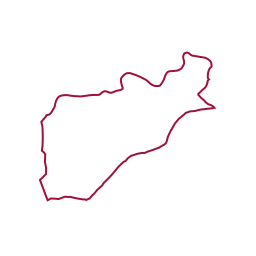 Gouette, Micoud, Saint Lucia (orthographic projection), rotated 340°
{"feature_id": "8701671B72439737760091", "entity_name": "Gouette", "entity_type": "district", "adm_level": 2, "iso_a3": "LCA", "parent_name": "Saint Lucia", "parent_adm1": "Micoud", "projection": "orthographic", "projection_center": [-60.939, 13.806], "detail": "fine", "context": "isolated", "style": "outline", "palette": "rose", "viewbox_px": 256, "rotation_deg": 340, "n_neighbors": 0, "source": "geoboundaries", "source_scale": "gbopen_adm2", "svg_char_len": 4096}
<svg xmlns="http://www.w3.org/2000/svg" viewBox="0 0 256 256"><g transform="rotate(340 128 128)"><path d="M55.7,88.1L54.9,89.0L53.3,89.9L48.6,92.6L48.4,95.0L48.1,97.3L46.8,101.5L44.8,107.4L43.0,112.0L41.3,116.2L39.3,119.8L40.6,122.1L41.3,124.4L38.9,130.0L38.3,131.6L37.3,137.9L35.6,142.2L35.3,143.1L30.3,145.6L27.5,146.7L27.7,165.3L27.8,168.4L30.5,168.0L31.5,167.9L36.3,169.9L37.9,170.8L38.3,171.0L45.3,171.0L47.4,172.0L48.1,172.3L50.4,173.1L51.4,173.8L55.4,176.4L60.9,179.5L63.3,180.5L64.0,181.3L65.2,181.2L67.8,181.1L71.2,179.2L74.2,177.9L77.8,175.7L81.8,174.1L84.3,173.0L86.1,171.5L89.8,169.8L92.2,168.7L95.2,167.2L97.7,165.9L100.4,164.3L103.3,162.6L104.2,162.1L105.2,161.5L109.4,159.5L112.8,158.2L114.3,158.2L117.7,156.3L121.4,155.2L123.4,155.3L125.2,155.4L127.7,155.4L132.0,156.1L135.6,157.2L137.4,157.0L138.5,156.9L143.1,157.1L150.5,157.1L154.1,156.3L155.2,156.2L155.9,156.1L158.2,155.4L160.0,153.6L160.7,152.5L162.5,149.9L163.8,148.6L164.1,148.2L166.3,146.1L167.0,145.4L169.0,143.8L170.1,142.8L170.6,142.4L173.8,139.7L176.9,137.9L178.9,136.7L180.7,136.1L184.1,134.9L185.4,134.5L187.3,133.6L190.1,133.6L191.8,133.6L197.1,135.0L198.4,135.0L202.6,135.5L206.3,136.5L209.3,137.1L213.1,138.1L216.1,138.6L215.6,137.4L215.1,136.4L213.6,134.7L211.7,133.3L210.6,131.6L209.6,130.0L209.1,128.3L207.3,125.2L205.8,121.8L205.4,121.0L205.6,120.1L209.3,118.4L212.2,117.2L214.2,116.5L216.2,115.0L218.4,112.2L218.7,111.2L220.7,110.0L220.5,109.8L220.3,109.5L220.2,108.8L220.2,108.3L220.3,107.8L220.5,107.1L221.2,105.5L221.7,104.4L222.2,103.4L222.9,102.5L223.0,102.2L223.7,101.4L224.7,100.4L225.4,99.9L226.0,99.6L227.4,99.0L227.6,98.6L227.9,97.8L228.2,96.5L228.5,95.4L228.5,94.9L228.4,94.1L228.0,92.8L227.3,91.6L226.3,90.2L226.0,89.8L225.5,89.3L224.4,88.2L222.9,87.5L221.5,86.6L220.6,86.2L219.3,85.4L217.7,84.5L215.9,83.5L215.6,83.3L214.8,82.9L213.4,82.1L213.1,81.9L211.9,80.7L211.2,79.2L210.9,78.8L209.9,77.7L209.1,77.3L208.6,77.2L207.8,77.0L207.0,77.1L206.1,77.5L205.3,78.3L204.8,79.0L204.4,79.5L203.9,81.0L203.7,82.2L203.6,83.9L203.3,85.0L203.2,85.5L202.9,86.4L202.0,87.5L201.8,87.7L201.2,88.3L200.6,88.8L200.1,89.2L199.4,89.7L198.7,90.2L198.2,90.4L197.9,90.5L196.4,90.8L194.9,90.9L194.4,90.9L193.3,90.8L192.4,90.5L190.1,90.0L189.2,89.7L188.5,89.5L187.6,89.2L186.2,88.9L185.6,88.8L184.4,89.0L183.2,89.6L182.8,89.9L182.4,90.2L181.7,90.8L181.3,91.1L181.1,91.3L180.7,91.8L179.7,93.1L179.0,94.0L178.0,94.9L177.7,95.3L176.9,96.0L176.1,96.7L175.6,97.1L174.9,97.6L174.3,98.0L173.9,98.3L173.0,98.8L172.5,99.0L172.2,99.1L171.8,99.1L171.4,99.0L169.4,98.4L168.0,97.8L166.9,97.1L166.2,96.5L165.9,96.3L165.0,95.2L164.5,94.6L164.2,94.0L163.5,92.8L163.2,92.2L162.9,91.5L162.6,90.9L162.1,90.1L161.1,88.6L160.4,87.9L160.0,87.4L159.4,86.7L158.9,86.3L158.1,85.4L157.9,85.2L156.4,83.6L155.4,82.7L154.3,81.6L153.2,80.7L152.0,79.7L151.7,79.6L151.5,79.3L150.2,78.3L149.3,77.5L149.0,77.3L147.3,76.6L146.7,76.4L145.8,76.2L144.8,76.2L143.7,76.4L143.1,76.5L141.9,77.0L141.3,77.3L140.3,77.8L139.9,78.0L139.3,78.4L138.2,79.5L137.8,80.4L137.6,80.8L137.5,81.1L137.2,82.7L137.0,84.3L136.7,85.9L136.8,86.8L136.8,87.1L136.8,87.6L136.8,88.3L136.7,88.5L136.4,89.3L135.3,89.6L134.0,89.7L133.0,89.6L131.1,89.3L129.9,89.2L129.3,89.1L128.6,89.1L127.3,89.2L125.7,89.2L125.2,89.2L124.2,89.2L123.0,88.5L122.2,88.0L121.1,87.0L120.8,86.8L119.8,86.0L119.0,85.5L118.5,85.5L117.7,85.4L116.9,85.5L115.4,85.9L114.6,86.2L114.2,86.4L113.7,86.6L113.3,86.7L112.4,86.9L111.8,86.9L111.4,86.7L110.7,86.5L109.8,86.2L109.5,86.1L108.7,85.8L107.6,85.4L105.4,84.7L103.5,84.2L103.1,84.1L102.5,83.9L101.7,83.8L101.3,83.8L100.3,83.5L99.6,83.3L98.9,83.2L97.6,82.9L96.3,82.6L95.3,82.4L94.2,82.1L93.1,81.7L91.2,80.8L91.0,80.7L89.9,80.3L88.4,79.6L87.7,79.3L87.2,79.0L86.3,78.6L85.4,78.1L85.0,77.9L83.6,77.1L82.6,76.6L81.3,76.0L80.9,75.8L80.5,75.7L78.6,75.2L78.3,75.1L76.9,74.8L75.8,74.8L75.2,74.7L74.0,74.9L73.5,75.0L72.3,75.7L72.0,75.8L71.4,76.4L70.2,77.4L69.4,78.2L68.2,79.9L67.3,81.4L66.4,82.8L65.4,83.8L64.8,84.3L63.9,85.0L63.0,85.8L62.3,86.3L61.0,87.4L59.6,88.1L58.9,88.3L58.2,88.4L57.1,88.2L56.4,88.2L55.7,88.1Z" fill="none" stroke="#9f1239" stroke-width="2"/></g></svg>